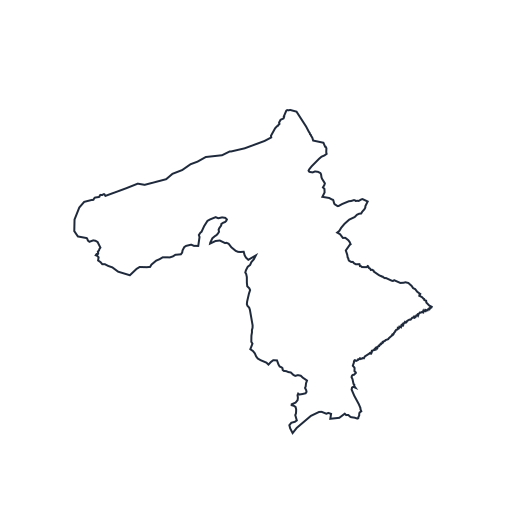 Akwapem North, Eastern, Ghana, rotated 203°
{"feature_id": "2480657B16553972090858", "entity_name": "Akwapem North", "entity_type": "district", "adm_level": 2, "iso_a3": "GHA", "parent_name": "Ghana", "parent_adm1": "Eastern", "projection": "robinson", "projection_center": [-0.184, 5.959], "detail": "fine", "context": "isolated", "style": "outline", "palette": "slate", "viewbox_px": 512, "rotation_deg": 203, "n_neighbors": 0, "source": "geoboundaries", "source_scale": "gbopen_adm2", "svg_char_len": 6076}
<svg xmlns="http://www.w3.org/2000/svg" viewBox="0 0 512 512"><g transform="rotate(203 256 256)"><path d="M427.6,204.4L419.0,206.3L418.4,206.2L416.7,204.5L414.9,204.0L411.9,206.8L409.7,207.3L407.3,207.0L402.5,202.9L402.9,201.1L402.7,199.7L403.3,198.3L402.3,196.9L402.2,196.3L402.6,195.7L403.5,195.5L403.8,194.1L402.2,194.1L400.4,193.3L399.6,190.2L396.7,189.6L394.3,188.4L392.0,189.4L388.2,189.1L383.8,189.4L376.8,187.7L364.6,189.0L360.9,197.5L358.8,200.4L352.2,203.0L349.2,204.6L348.9,207.2L346.1,212.7L343.5,215.4L341.4,218.3L334.7,221.1L332.3,223.2L330.7,225.6L325.8,228.2L325.3,230.3L325.8,232.5L325.5,236.2L324.3,238.0L320.1,241.1L317.1,241.1L313.1,242.7L315.4,251.4L316.8,253.0L316.3,255.7L315.6,257.0L315.4,263.3L314.4,269.4L312.5,271.8L308.3,276.0L305.5,276.0L302.3,278.3L299.2,279.1L297.1,278.3L297.1,276.7L297.8,275.1L299.2,273.8L300.4,272.0L300.0,270.4L300.7,267.2L300.7,265.6L299.5,263.8L299.8,261.9L300.5,259.8L301.6,258.2L303.1,255.3L303.3,250.6L303.1,249.5L299.1,254.0L295.4,256.1L289.5,255.8L288.4,256.6L286.0,256.6L282.1,254.4L276.7,252.8L274.2,252.8L271.9,253.6L269.0,255.1L266.7,252.2L264.6,250.6L261.6,249.5L256.4,256.4L256.7,252.1L257.9,248.5L257.9,245.5L259.4,242.9L259.7,238.9L259.4,236.6L258.0,235.6L256.2,233.0L253.9,227.7L252.2,224.7L249.6,223.7L248.1,222.3L247.8,218.7L246.4,210.7L245.6,208.1L244.4,206.8L242.1,205.8L240.6,204.1L232.0,190.8L231.1,188.5L230.8,186.2L229.9,184.2L229.1,180.9L226.8,175.2L225.0,173.9L224.8,168.0L221.6,167.3L219.0,165.9L216.6,163.6L214.3,162.3L211.1,161.9L204.7,161.9L202.1,160.9L200.9,164.2L199.4,166.8L195.9,168.1L192.8,164.8L191.0,163.5L189.0,163.5L187.8,163.1L186.9,161.5L185.5,161.1L183.2,161.8L180.8,161.8L178.5,162.4L175.0,161.1L173.0,161.0L170.9,162.7L168.0,163.3L165.4,162.3L160.4,161.3L160.2,158.3L159.3,155.3L159.3,153.7L157.3,152.0L156.4,150.7L156.7,149.0L159.3,147.1L162.0,145.4L163.4,145.8L163.4,144.1L162.0,141.8L161.4,139.5L162.3,136.5L165.2,133.5L164.9,132.6L162.6,132.9L160.6,132.5L159.1,130.5L158.3,128.5L157.7,126.6L157.7,124.9L154.2,120.6L155.4,118.6L158.3,116.3L159.2,113.3L157.2,110.7L153.1,107.3L151.3,113.8L143.0,130.3L137.0,137.1L134.7,138.2L129.6,138.3L128.1,139.8L125.2,140.0L124.0,135.2L116.1,139.6L112.7,145.5L110.9,144.8L108.9,145.7L106.3,144.8L105.5,144.8L102.1,145.7L99.6,145.9L98.9,146.1L98.5,146.7L98.8,147.5L98.7,149.6L99.3,151.0L99.5,152.4L98.4,154.2L99.9,155.7L100.5,156.9L103.5,159.8L111.0,165.8L115.8,170.4L116.2,172.4L115.9,173.0L115.1,173.6L113.0,173.6L114.8,174.7L115.2,175.9L116.2,176.3L119.1,180.4L120.7,181.8L120.9,183.1L120.7,183.9L120.3,184.5L119.5,184.8L118.4,187.3L118.6,187.8L120.4,188.5L121.5,191.4L121.9,191.8L124.0,192.8L124.3,196.5L124.7,197.3L124.5,198.6L124.0,198.8L122.9,198.5L121.5,200.1L121.6,200.9L120.0,201.7L120.2,202.5L118.5,202.7L118.0,203.7L116.7,204.0L116.6,206.0L113.7,210.3L113.1,210.6L113.3,211.2L113.1,211.5L112.4,210.9L111.8,211.1L111.9,213.3L112.3,214.1L110.2,215.8L110.7,215.9L110.5,216.7L110.0,217.0L110.0,218.2L109.6,218.3L108.5,217.8L108.3,218.5L109.1,219.3L107.4,221.2L107.4,221.6L107.8,221.8L106.8,223.1L107.1,223.2L107.0,224.1L105.9,224.9L105.9,226.2L105.3,226.1L105.1,227.3L104.1,228.3L103.9,229.2L101.8,231.1L101.6,232.2L99.7,236.1L99.9,237.0L99.6,237.4L99.1,237.1L98.9,237.6L98.9,239.2L98.3,241.0L98.5,241.3L98.1,242.8L97.1,243.6L96.9,244.1L97.4,245.4L97.1,245.5L96.6,245.0L96.2,245.2L96.4,247.0L94.7,247.0L95.2,249.1L95.1,249.4L94.4,249.1L94.3,250.0L93.5,249.7L93.5,250.3L94.1,251.4L93.5,251.9L93.1,253.6L92.0,253.2L91.5,254.4L91.5,255.3L89.9,257.4L88.8,257.8L88.0,260.3L87.4,260.7L86.4,260.9L86.9,261.6L86.8,262.2L85.3,262.2L85.2,264.0L84.3,264.7L83.5,264.2L83.5,264.8L84.4,265.4L84.4,265.7L83.6,266.2L83.0,268.1L82.2,268.2L81.5,269.2L80.3,269.3L80.6,269.8L80.6,270.8L80.2,270.4L78.5,271.3L78.8,272.0L79.3,271.7L79.2,272.6L78.3,272.7L77.9,272.3L77.6,272.8L76.8,273.0L76.8,274.2L76.4,274.4L76.2,275.1L75.8,274.6L75.5,274.6L75.3,276.1L74.4,277.1L74.4,277.9L77.2,278.1L81.0,279.7L81.9,281.3L83.8,281.2L84.4,282.1L85.1,282.1L87.1,283.0L90.1,283.2L90.0,284.0L90.3,284.2L90.0,285.2L93.7,286.1L96.5,287.7L98.8,287.8L100.9,289.2L105.2,290.7L108.2,290.2L109.6,289.1L112.6,287.6L119.3,287.7L120.2,286.5L121.5,286.3L127.8,286.5L128.6,286.0L130.4,286.1L131.2,286.5L131.9,286.2L132.6,286.5L133.0,286.3L135.2,286.4L141.5,287.7L142.1,288.5L143.8,288.7L144.8,288.0L146.1,289.0L147.2,289.0L148.8,290.4L149.3,290.4L149.6,289.1L154.1,287.2L156.2,287.8L156.5,287.5L157.6,288.9L160.8,287.4L162.9,287.6L164.6,288.4L166.0,287.7L168.4,288.0L169.4,288.7L170.1,289.9L171.0,290.4L172.5,292.8L175.5,296.2L174.1,302.8L173.5,303.8L175.3,305.5L177.2,306.6L180.8,307.6L183.1,306.6L187.1,308.9L190.4,309.3L189.1,311.7L188.6,315.3L187.1,320.2L184.4,325.9L180.4,330.4L179.2,333.4L177.6,335.2L175.8,336.2L175.5,338.4L174.5,341.3L174.3,343.2L174.8,344.7L174.5,349.8L180.2,350.0L181.2,349.2L183.0,346.8L184.4,346.4L185.7,345.6L186.7,345.9L187.7,345.7L189.9,343.8L191.9,342.7L197.0,337.5L199.5,334.3L200.4,333.8L203.9,334.4L204.9,335.3L206.6,337.5L207.1,337.8L208.4,337.7L211.3,338.0L218.0,336.4L217.7,341.3L219.2,344.5L221.2,345.3L220.8,348.2L221.0,349.8L225.4,352.9L226.4,353.9L227.9,356.4L228.7,357.2L229.2,357.5L231.8,357.7L234.7,356.9L236.5,355.1L239.2,354.4L240.3,354.5L241.0,355.2L240.8,356.9L239.8,360.4L235.9,370.2L234.5,373.0L232.3,375.3L230.9,377.6L231.9,379.0L233.3,382.7L234.6,383.8L235.1,383.6L238.2,386.6L248.5,384.6L250.4,386.9L252.3,388.2L252.7,388.8L253.8,389.2L254.6,390.2L255.9,391.0L260.4,394.7L275.1,404.7L281.6,403.8L283.0,402.8L284.3,402.5L284.9,401.6L284.9,395.3L284.5,395.2L284.4,393.4L286.6,391.0L286.9,387.9L286.1,386.9L286.0,386.4L286.6,385.7L286.6,384.6L287.3,383.8L288.3,381.1L289.2,372.5L288.3,371.1L293.1,365.2L308.5,350.7L319.6,342.6L321.1,341.9L326.6,335.5L340.9,327.5L346.7,320.0L352.1,314.9L357.5,306.3L365.0,299.0L368.7,291.6L386.3,278.0L393.1,276.4L402.0,267.6L418.1,252.5L419.7,253.6L420.5,253.3L421.4,252.0L423.0,251.5L423.4,250.8L423.3,249.4L423.7,248.9L427.0,246.9L427.5,245.8L427.6,244.3L428.1,243.8L429.0,243.5L435.3,238.7L437.6,231.6L437.3,218.7L433.0,207.9L427.6,204.4Z" fill="none" stroke="#1e293b" stroke-width="2"/></g></svg>